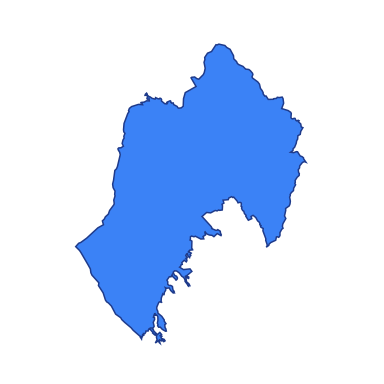 outline of Tisau, Buzau, Romania, rotated 331°
{"feature_id": "2599482B29970481814302", "entity_name": "Tisau", "entity_type": "district", "adm_level": 2, "iso_a3": "ROU", "parent_name": "Romania", "parent_adm1": "Buzau", "projection": "orthographic", "projection_center": [26.544, 45.194], "detail": "fine", "context": "isolated", "style": "filled", "palette": "blue", "viewbox_px": 384, "rotation_deg": 331, "n_neighbors": 0, "source": "geoboundaries", "source_scale": "gbopen_adm2", "svg_char_len": 6019}
<svg xmlns="http://www.w3.org/2000/svg" viewBox="0 0 384 384"><g transform="rotate(331 192 192)"><path d="M125.6,267.9L126.6,271.2L127.7,271.7L127.7,271.0L127.1,270.3L128.2,270.2L127.9,268.3L129.1,265.1L128.1,263.4L126.7,262.7L126.0,261.0L127.3,258.8L127.3,257.0L131.1,255.1L132.5,256.0L134.6,254.7L134.0,256.3L135.2,259.9L135.1,261.0L135.6,261.4L136.6,261.1L137.6,260.2L137.7,258.2L136.5,256.7L136.4,254.4L136.8,253.0L138.5,252.5L140.3,253.7L141.7,256.8L142.2,260.7L143.3,262.8L143.3,265.4L142.6,266.8L143.2,271.0L143.0,271.9L143.4,272.8L143.9,272.3L144.7,272.8L144.8,270.8L143.7,267.8L145.2,263.9L145.3,261.9L146.8,265.8L147.5,265.7L147.9,264.7L147.2,264.0L146.8,262.6L153.4,261.4L153.0,258.3L146.9,255.7L144.7,251.7L146.2,251.4L147.1,250.4L148.4,250.6L148.9,248.8L151.8,248.0L152.1,247.9L153.1,250.3L154.0,249.8L154.6,249.1L154.3,247.5L155.0,247.7L156.0,247.1L155.5,246.0L156.1,245.6L155.8,244.5L157.2,243.6L158.0,243.6L157.5,246.3L158.1,248.2L159.0,247.2L160.1,247.0L160.1,245.7L161.7,245.1L160.8,243.4L160.1,243.4L160.0,242.4L161.8,241.8L164.5,242.9L164.7,242.4L164.4,241.2L168.1,234.9L167.0,233.0L167.6,232.7L168.9,230.4L170.2,230.3L172.0,232.1L173.5,232.3L176.9,237.4L179.6,238.7L180.1,236.3L182.9,236.1L183.8,233.3L184.2,233.2L184.5,235.7L186.3,238.0L188.5,239.6L189.5,241.7L193.9,240.6L196.2,244.2L196.8,243.8L197.1,241.5L197.7,240.0L196.3,237.4L195.4,237.6L194.2,237.0L191.6,233.6L192.0,233.3L192.0,231.5L188.9,218.3L194.9,217.0L198.2,219.3L203.3,219.4L204.8,220.7L206.7,220.7L207.3,221.5L209.8,222.4L212.0,218.9L212.3,217.3L214.5,217.2L215.2,214.2L220.0,216.3L221.3,215.1L224.4,215.3L225.0,216.6L226.0,216.7L227.1,221.8L227.0,223.8L229.0,224.3L229.7,225.4L229.5,226.2L228.0,228.3L228.4,229.2L227.5,230.2L227.3,231.6L227.4,233.0L228.0,233.8L227.4,236.3L228.0,238.6L227.3,239.3L227.6,244.0L231.4,244.3L231.8,242.0L234.1,242.0L235.4,245.3L235.4,249.1L236.1,250.7L236.1,252.7L235.4,253.5L236.1,254.8L235.3,255.3L235.2,256.3L236.6,258.4L235.2,260.3L233.9,268.7L233.0,270.1L232.3,274.0L231.8,275.3L230.2,276.3L233.3,275.9L234.1,275.0L236.3,274.4L241.8,274.8L244.1,272.2L245.1,272.6L245.6,273.5L246.7,273.5L248.0,272.5L249.2,270.2L252.4,268.1L254.0,267.9L254.4,265.9L256.0,263.9L261.2,260.7L261.3,257.8L265.0,253.6L265.9,251.8L270.3,251.3L271.9,250.0L273.6,247.7L274.9,243.8L276.3,242.7L276.6,241.8L278.5,240.7L281.4,240.0L282.8,237.9L286.1,235.9L286.1,234.3L287.0,233.7L287.8,231.9L291.1,230.1L293.7,229.5L294.8,227.9L294.7,226.6L295.7,224.1L297.7,223.1L298.9,221.3L303.0,219.7L305.0,219.9L306.1,221.2L305.7,217.2L306.1,216.1L305.4,214.4L304.1,212.9L303.8,208.0L302.9,207.3L300.0,206.9L297.5,205.0L300.4,204.7L301.5,203.1L303.3,202.7L306.7,200.0L308.4,197.9L310.0,197.0L311.9,194.1L314.6,194.1L316.5,191.7L320.2,189.5L319.1,188.1L320.1,185.2L319.1,182.1L320.2,181.6L319.7,180.8L317.9,180.4L317.6,179.4L317.8,177.6L317.0,177.0L315.6,177.0L314.7,175.9L314.6,174.9L316.9,171.5L317.0,170.2L315.6,167.4L310.9,162.5L315.2,158.8L316.9,154.5L316.9,152.7L314.1,151.7L312.5,150.5L311.3,151.1L308.7,150.0L308.2,150.4L303.6,148.0L303.3,143.9L302.1,143.3L301.8,140.6L302.4,139.6L302.5,137.4L302.1,134.6L303.3,130.4L302.9,127.6L300.2,121.7L300.3,120.4L302.2,118.8L302.5,117.4L301.9,114.3L301.1,112.4L298.5,110.5L297.5,106.9L294.7,103.3L294.0,101.6L294.2,99.6L293.1,95.7L294.4,92.9L294.5,85.7L292.5,82.5L291.8,79.8L287.2,75.7L285.2,75.5L284.4,74.8L277.2,78.6L272.9,78.1L268.3,80.5L267.6,82.3L265.4,84.4L263.5,90.2L260.7,93.4L258.8,94.8L252.6,96.6L251.2,95.2L250.1,92.7L247.3,91.5L246.5,91.7L246.7,101.7L234.3,101.8L229.8,106.3L225.9,112.7L223.5,113.2L221.1,112.3L220.5,111.5L220.5,110.0L218.3,106.6L218.8,105.1L217.4,104.5L217.5,103.9L216.9,103.4L217.4,102.2L217.1,101.6L213.8,101.3L213.3,101.5L213.7,102.3L212.8,102.8L211.0,101.6L209.4,97.6L210.2,96.4L210.2,95.3L209.5,94.4L208.6,94.7L207.6,94.1L205.9,91.8L205.2,92.8L204.7,92.8L202.6,90.8L201.4,88.4L200.5,88.1L200.7,87.6L199.9,85.8L200.3,84.7L200.2,83.5L198.6,83.9L197.8,84.7L199.6,85.6L199.3,86.9L197.8,88.6L198.2,89.4L199.6,89.7L198.8,91.6L196.4,90.2L193.8,90.2L190.9,89.0L190.5,89.2L191.3,90.0L191.1,91.7L187.6,89.4L180.6,88.0L177.8,88.5L175.9,90.1L175.9,91.2L173.9,92.2L165.8,99.1L162.3,104.3L161.5,106.3L161.8,108.2L159.4,110.2L158.7,112.0L156.9,113.0L154.4,115.7L154.2,118.7L151.4,118.9L149.2,117.9L148.2,118.3L147.9,119.3L148.0,122.2L147.3,124.6L139.1,133.6L137.2,135.1L135.0,135.7L129.0,143.8L126.4,146.6L125.1,150.0L125.1,153.9L123.2,156.6L122.8,158.1L119.7,161.1L118.4,164.3L117.6,165.2L111.0,168.2L108.1,170.8L104.2,171.7L102.1,173.2L99.6,173.8L98.7,177.7L92.3,177.7L77.5,181.3L70.4,182.2L68.0,181.9L63.8,183.4L65.3,188.7L65.5,191.1L65.8,205.3L65.8,210.0L64.4,213.6L64.2,216.3L66.5,226.3L64.8,228.5L65.4,237.1L63.9,244.6L64.1,246.7L65.1,248.5L66.2,252.6L66.0,261.8L68.7,267.4L68.7,269.5L69.9,273.4L72.9,281.2L73.5,284.4L76.8,293.5L76.4,293.7L76.6,296.1L77.5,294.9L77.6,293.7L78.5,294.5L79.2,293.7L80.2,293.8L79.9,292.8L80.7,292.9L81.0,292.3L81.8,293.1L83.4,292.4L84.2,291.3L86.3,292.3L87.1,291.4L88.0,291.5L88.0,290.9L89.2,290.8L89.0,292.8L89.7,296.0L89.2,296.3L90.0,298.7L90.8,298.3L90.9,298.9L90.5,299.1L91.3,300.7L90.4,302.0L89.9,304.2L86.7,306.3L90.6,305.8L90.3,307.7L90.7,308.8L91.2,306.2L91.9,305.6L93.0,307.4L93.4,307.6L93.7,306.7L94.6,307.3L94.8,309.2L96.3,309.1L96.2,307.4L94.3,305.2L94.4,304.1L95.7,303.6L94.5,302.3L96.3,301.9L95.8,299.2L92.6,299.9L91.2,295.1L91.4,293.9L90.9,291.5L92.1,292.1L93.8,291.1L94.9,287.2L97.6,285.3L98.3,283.7L97.5,282.9L98.4,281.9L99.1,282.0L99.1,281.3L100.3,280.3L100.8,280.5L100.6,281.2L100.9,281.5L100.3,282.1L101.7,282.8L101.6,284.6L100.0,287.7L98.1,289.9L97.9,291.6L97.1,292.3L97.3,294.1L98.7,294.8L99.4,297.7L101.3,300.9L102.1,301.2L102.8,298.9L102.7,297.5L103.9,294.8L105.4,294.6L105.1,291.4L105.7,290.5L105.3,286.1L103.5,281.5L104.3,279.6L104.4,277.4L105.4,275.6L109.5,272.4L110.9,272.5L111.5,273.6L112.0,273.6L111.9,272.8L113.8,269.8L117.0,267.0L117.1,267.9L117.8,268.2L119.3,266.3L121.2,265.3L122.2,263.9L122.3,262.7L123.2,263.9L125.5,264.8L125.6,267.9Z" fill="#3b82f6" stroke="#1e3a8a" stroke-width="1.5"/></g></svg>